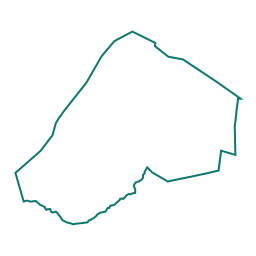 San Pedro Nopala, Oaxaca, Mexico
{"feature_id": "50627088B60973243013537", "entity_name": "San Pedro Nopala", "entity_type": "district", "adm_level": 2, "iso_a3": "MEX", "parent_name": "Mexico", "parent_adm1": "Oaxaca", "projection": "mercator", "projection_center": [-97.588, 17.813], "detail": "fine", "context": "isolated", "style": "outline", "palette": "teal", "viewbox_px": 256, "rotation_deg": 0, "n_neighbors": 0, "source": "geoboundaries", "source_scale": "gbopen_adm2", "svg_char_len": 1578}
<svg xmlns="http://www.w3.org/2000/svg" viewBox="0 0 256 256"><path d="M120.5,37.8L114.4,41.1L105.8,51.2L101.5,56.4L86.5,82.5L64.7,110.1L59.0,117.9L55.9,123.0L54.4,128.3L52.6,135.1L40.8,150.6L27.0,162.8L15.4,172.9L23.7,201.5L26.0,200.8L27.5,200.7L28.7,201.0L29.8,201.5L31.8,201.5L33.3,201.2L35.7,201.0L36.5,201.7L40.1,204.7L41.9,205.7L44.8,207.0L45.0,208.0L45.6,209.1L46.5,209.8L47.7,209.2L50.2,209.0L50.6,210.2L50.9,211.3L51.5,212.1L52.4,212.5L53.6,212.3L55.9,211.7L57.3,213.1L58.3,214.2L59.2,215.4L59.8,216.2L60.7,217.5L61.8,219.2L62.7,220.4L67.3,222.6L69.1,222.9L71.8,223.7L73.3,224.4L74.2,224.0L75.4,223.8L85.2,222.7L86.6,222.5L87.7,222.2L88.1,221.4L89.1,220.3L90.9,219.7L91.9,218.9L93.4,218.3L95.0,217.0L96.3,215.9L97.1,214.7L98.4,213.9L99.5,212.9L105.4,211.7L106.2,210.5L107.5,208.1L109.5,207.8L110.1,205.9L112.9,205.1L114.4,204.8L118.8,200.7L119.6,200.2L120.2,198.7L122.0,198.7L123.3,198.9L124.2,197.6L125.1,197.1L126.7,195.1L129.0,194.0L130.6,194.3L132.7,193.3L135.2,192.9L135.2,189.1L134.4,187.5L133.9,186.2L134.1,185.1L134.6,183.9L135.7,182.5L137.1,182.0L139.2,181.2L140.9,180.1L142.3,178.9L142.9,177.8L143.1,174.9L143.9,174.1L144.6,173.2L144.7,171.7L147.2,167.4L152.1,172.4L161.3,177.7L167.7,181.5L176.6,179.6L177.1,179.5L195.2,175.8L200.0,174.7L206.5,173.4L206.8,173.3L209.2,172.8L209.3,172.7L209.6,172.7L209.9,172.6L218.6,170.5L221.1,150.7L235.4,154.9L234.8,128.8L234.8,125.4L235.5,120.6L236.6,109.7L238.1,98.8L240.6,98.7L216.3,81.6L182.9,59.4L168.3,56.7L155.0,46.2L155.3,42.9L149.8,40.2L132.4,31.6L120.5,37.8Z" fill="none" stroke="#0f766e" stroke-width="2"/></svg>